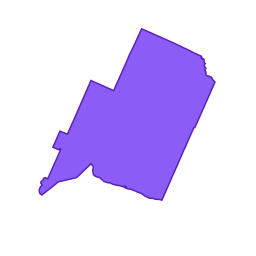 outline of Rio Arriba, New Mexico, United States of America, rotated 114°
{"feature_id": "52423323B40891778777476", "entity_name": "Rio Arriba", "entity_type": "district", "adm_level": 2, "iso_a3": "USA", "parent_name": "United States of America", "parent_adm1": "New Mexico", "projection": "natural_earth1", "projection_center": [-106.665, 36.465], "detail": "fine", "context": "isolated", "style": "filled", "palette": "violet", "viewbox_px": 256, "rotation_deg": 114, "n_neighbors": 0, "source": "geoboundaries", "source_scale": "gbopen_adm2", "svg_char_len": 1635}
<svg xmlns="http://www.w3.org/2000/svg" viewBox="0 0 256 256"><g transform="rotate(114 128 128)"><path d="M50.7,67.2L50.6,67.4L49.8,69.2L49.2,70.7L48.3,71.6L47.6,72.6L48.0,73.7L47.6,75.1L48.1,76.4L48.0,77.8L47.5,78.6L46.9,78.9L45.9,79.1L44.9,80.1L43.8,81.2L42.7,81.3L42.1,81.0L41.3,81.7L40.7,83.0L40.1,83.6L38.5,83.9L37.7,83.6L37.5,84.3L37.1,85.1L35.8,85.9L34.8,86.0L34.3,86.7L34.2,87.8L34.7,88.2L34.6,88.8L34.1,88.7L33.6,89.3L33.9,89.7L33.4,90.1L33.1,89.9L32.6,90.1L32.6,90.6L32.6,93.3L32.5,99.2L32.2,104.1L32.1,109.6L31.9,115.2L31.8,120.3L31.8,126.4L31.8,133.0L31.8,145.9L31.9,155.9L51.4,156.1L61.2,156.5L65.9,156.3L84.2,156.3L99.7,156.3L99.7,181.1L101.7,181.1L106.8,181.1L115.4,181.0L145.1,180.8L145.9,180.9L158.3,180.8L158.3,184.8L158.5,185.6L158.5,188.9L176.1,188.8L176.1,182.6L175.9,182.2L175.0,182.2L174.8,181.6L175.1,181.3L174.5,181.0L174.5,180.8L176.4,180.7L182.2,180.7L184.3,180.7L207.1,180.7L207.0,183.4L207.9,184.5L210.5,184.6L212.3,185.7L213.7,185.3L214.9,183.3L217.4,184.0L220.8,184.0L223.6,182.0L224.2,179.5L216.6,175.4L205.3,169.6L202.9,166.2L195.9,157.0L194.1,154.7L175.6,147.2L177.5,143.9L181.1,143.0L184.7,140.6L185.4,138.3L185.0,133.3L186.6,128.0L186.2,124.0L185.4,122.1L185.5,119.2L185.0,115.4L184.2,112.9L183.4,107.2L182.3,107.5L182.3,105.9L183.8,105.9L183.6,103.2L182.6,99.8L182.9,98.9L182.5,96.0L182.7,93.6L182.3,88.5L183.2,85.6L183.4,80.1L182.1,76.2L181.9,73.9L180.4,69.8L180.2,67.7L162.4,67.8L158.1,67.8L154.0,67.9L149.4,67.8L137.2,67.9L135.0,67.9L124.3,68.0L123.3,67.9L120.3,67.9L119.0,67.9L112.1,68.0L101.2,68.0L100.5,67.1L90.6,67.1L50.7,67.2Z" fill="#8b5cf6" stroke="#5b21b6" stroke-width="1.5"/></g></svg>